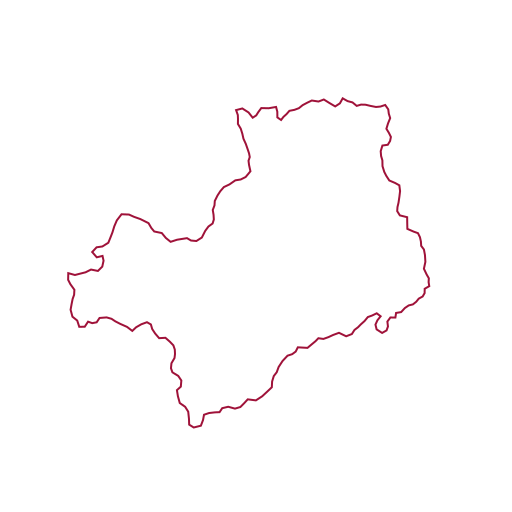 Guaraciaba, Minas Gerais, Brazil (Robinson projection), rotated 107°
{"feature_id": "56859067B49687475462588", "entity_name": "Guaraciaba", "entity_type": "district", "adm_level": 2, "iso_a3": "BRA", "parent_name": "Brazil", "parent_adm1": "Minas Gerais", "projection": "robinson", "projection_center": [-43.021, -20.563], "detail": "fine", "context": "isolated", "style": "outline", "palette": "rose", "viewbox_px": 512, "rotation_deg": 107, "n_neighbors": 0, "source": "geoboundaries", "source_scale": "gbopen_adm2", "svg_char_len": 3113}
<svg xmlns="http://www.w3.org/2000/svg" viewBox="0 0 512 512"><g transform="rotate(107 256 256)"><path d="M212.1,92.3L205.7,94.7L200.7,97.3L198.0,101.0L194.0,102.5L190.1,104.7L186.8,107.8L186.6,112.3L185.8,119.2L180.0,121.1L174.7,122.8L175.1,130.3L171.8,134.1L167.9,135.0L163.4,135.3L157.4,136.2L151.8,137.2L146.5,139.6L145.5,144.3L144.8,150.6L141.2,154.9L138.1,157.9L133.1,161.3L127.6,163.1L123.8,165.6L119.3,167.4L113.4,167.4L111.1,162.5L106.8,161.4L102.7,161.8L99.4,164.9L96.2,168.5L90.7,168.5L84.9,168.0L81.1,170.6L77.1,172.4L73.8,176.6L76.7,180.7L78.4,184.8L79.0,190.5L79.3,195.5L80.5,199.8L83.0,203.6L80.9,208.6L81.1,213.7L79.9,219.2L85.5,220.4L89.8,224.0L88.2,230.6L86.5,236.9L90.0,241.4L91.0,248.1L94.4,251.8L98.1,255.5L102.1,258.2L105.0,262.0L107.4,266.5L111.4,268.3L114.9,270.4L118.6,271.8L117.2,276.1L111.8,277.8L107.6,280.4L111.0,287.1L113.0,294.2L117.8,295.9L121.5,296.9L124.7,299.6L120.9,305.1L118.9,312.2L122.3,317.7L126.5,314.6L130.2,313.3L135.0,311.9L138.7,307.8L143.1,304.8L147.5,302.3L151.8,298.5L155.9,295.5L159.8,292.7L163.2,290.9L167.1,291.0L170.9,289.3L176.6,286.1L183.5,289.0L187.3,293.0L189.7,297.9L195.3,302.3L199.5,306.9L204.5,309.1L209.4,310.5L215.4,311.5L219.7,310.5L224.6,310.8L229.1,308.6L233.4,307.0L237.6,307.0L241.7,310.1L246.8,311.9L254.2,313.2L259.1,317.4L260.2,322.7L259.1,327.2L261.1,331.3L263.5,336.2L267.4,341.8L265.1,347.5L261.6,352.8L262.3,360.5L259.8,364.3L256.0,368.4L254.5,377.4L254.2,384.1L253.5,389.6L255.4,396.8L262.6,399.5L269.0,400.2L275.5,400.2L280.9,400.6L286.5,401.1L291.8,405.7L294.3,411.0L300.1,413.8L303.8,407.9L300.8,402.8L305.1,400.4L311.1,399.9L316.5,402.8L317.2,409.8L321.4,414.2L324.6,419.5L327.1,423.6L327.3,430.5L333.7,428.7L337.2,425.3L341.4,419.8L346.3,418.6L350.7,418.8L355.8,418.3L361.6,417.6L367.7,413.8L370.0,408.1L375.4,404.3L373.7,399.1L367.9,397.4L368.1,393.0L366.0,389.0L361.0,387.5L358.4,380.9L358.3,375.8L359.6,371.5L360.6,366.0L361.5,358.6L363.8,352.4L359.2,349.8L354.8,345.7L351.2,340.9L352.2,336.5L356.2,333.9L359.6,329.8L362.9,324.6L360.7,318.7L363.1,313.4L365.6,308.9L369.2,306.3L373.4,304.8L377.4,304.1L383.3,305.5L388.2,304.5L391.7,301.9L393.4,295.3L396.9,291.0L402.9,289.7L407.4,292.4L412.9,289.7L418.9,285.9L420.9,279.7L424.7,275.3L431.3,272.5L436.8,270.6L438.2,265.4L434.4,259.1L428.4,258.7L423.0,259.3L419.9,255.0L417.5,249.5L416.0,245.2L411.4,243.8L408.3,238.5L408.1,231.5L405.0,226.8L400.3,224.3L395.5,222.0L394.1,213.9L388.4,209.1L382.4,205.6L376.9,202.5L371.3,203.9L365.6,203.9L361.1,202.2L355.5,201.9L348.6,199.9L342.1,196.7L339.3,192.7L335.8,190.1L331.1,189.3L328.8,179.9L324.2,176.9L320.1,174.2L316.4,172.3L315.6,167.3L312.4,163.0L309.0,159.2L305.2,154.2L306.4,146.3L302.6,141.5L297.9,140.2L294.3,137.6L290.8,135.8L286.5,133.2L281.7,131.2L279.0,127.6L275.5,123.8L277.2,119.2L282.0,121.1L286.7,121.7L290.9,119.2L292.7,112.9L289.0,109.4L284.8,109.2L280.3,111.2L275.5,109.5L274.1,104.7L269.5,105.4L267.2,100.8L262.2,98.4L258.6,95.5L256.4,91.8L252.9,89.4L249.2,87.9L246.0,84.8L242.2,83.9L238.0,85.1L234.2,81.5L230.5,83.3L226.8,84.2L223.7,87.5L219.1,91.7L212.1,92.3Z" fill="none" stroke="#9f1239" stroke-width="2"/></g></svg>